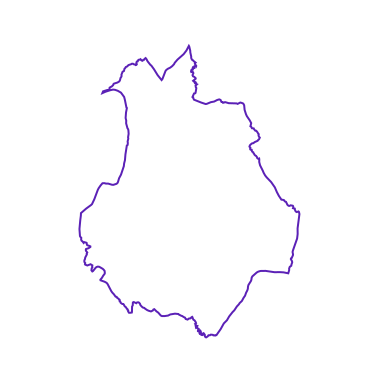 Ou Chum, Rôtânôkiri, Cambodia (Albers equal-area conic projection), rotated 111°
{"feature_id": "14789045B56033797709996", "entity_name": "Ou Chum", "entity_type": "district", "adm_level": 2, "iso_a3": "KHM", "parent_name": "Cambodia", "parent_adm1": "Rôtânôkiri", "projection": "albers", "projection_center": [107.039, 13.843], "detail": "fine", "context": "isolated", "style": "outline", "palette": "violet", "viewbox_px": 384, "rotation_deg": 111, "n_neighbors": 0, "source": "geoboundaries", "source_scale": "gbopen_adm2", "svg_char_len": 6009}
<svg xmlns="http://www.w3.org/2000/svg" viewBox="0 0 384 384"><g transform="rotate(111 192 192)"><path d="M316.9,117.9L309.7,116.1L303.3,115.2L299.2,113.4L294.8,112.7L289.6,111.1L287.3,110.1L282.8,109.1L280.1,108.0L278.6,107.7L275.9,106.4L272.2,105.9L269.8,105.3L266.7,105.4L264.0,105.1L262.3,105.2L260.3,105.8L258.6,106.0L254.1,105.1L252.8,105.1L250.5,105.6L249.1,105.4L243.9,102.7L242.6,101.6L241.2,99.8L239.3,95.1L237.3,86.2L235.4,81.5L234.2,77.7L233.4,73.0L230.0,73.3L228.6,73.9L227.9,73.9L226.8,73.9L225.3,72.9L223.7,73.2L222.2,73.2L221.6,73.3L220.7,73.9L219.2,75.7L218.5,75.8L218.0,75.3L215.0,75.1L214.1,75.3L212.0,76.6L210.6,76.8L197.8,77.2L193.4,78.3L188.1,80.4L174.1,83.8L172.3,85.0L172.0,85.6L173.2,87.0L173.2,87.5L172.7,88.6L171.3,89.9L170.7,90.1L170.9,91.9L170.0,91.9L168.9,92.6L168.7,93.1L169.1,95.2L169.9,95.8L170.2,96.4L170.2,97.2L169.7,98.4L167.5,100.7L167.6,101.2L167.4,102.2L166.7,103.0L166.7,104.2L167.1,105.8L164.5,109.5L161.6,112.8L158.0,116.3L154.4,121.6L151.6,127.5L150.3,129.7L148.3,132.1L146.9,133.4L142.7,138.0L139.9,140.0L137.4,140.9L136.7,141.3L137.3,141.9L137.0,143.2L136.2,143.8L135.3,145.2L135.3,145.8L134.8,147.0L134.1,147.7L133.9,148.3L133.0,149.0L132.8,150.2L132.1,150.9L131.2,151.4L131.5,152.5L131.0,153.2L129.8,153.3L129.1,154.6L127.7,154.7L126.3,154.1L125.0,153.3L124.4,152.2L123.0,151.4L120.7,149.1L119.5,148.8L118.8,148.3L116.9,148.2L116.3,149.4L115.1,150.3L114.1,150.4L113.8,151.1L113.0,152.0L112.2,153.2L111.8,154.1L112.1,154.8L111.2,156.5L110.5,157.2L111.0,158.9L109.8,160.2L109.7,161.0L106.5,161.4L104.4,163.8L101.5,168.0L100.0,169.5L96.5,172.3L92.3,174.4L91.1,175.8L91.0,177.4L91.2,179.0L93.4,181.0L93.3,182.1L95.9,189.5L96.2,193.1L96.4,193.6L97.1,194.2L97.6,195.0L97.0,195.7L97.4,196.7L95.8,198.4L95.8,199.8L97.1,201.5L99.6,203.7L101.4,206.6L104.5,209.9L105.0,210.9L105.2,215.6L105.1,223.2L103.9,224.5L103.2,224.8L103.1,225.6L99.3,225.4L98.6,224.3L97.8,224.3L93.4,225.2L92.8,226.0L91.4,226.8L90.0,226.1L90.1,226.7L89.5,226.9L89.0,226.9L88.7,227.5L89.3,228.3L88.9,228.7L88.2,228.4L88.0,229.4L88.1,230.2L87.8,230.8L85.0,229.2L84.5,229.3L83.7,231.1L83.6,232.5L82.7,233.4L80.6,233.3L79.8,233.9L79.8,234.9L80.3,235.6L80.0,236.0L78.7,236.3L78.0,236.2L77.7,235.2L76.7,235.1L76.1,235.8L75.6,235.8L75.9,235.0L75.4,234.2L74.0,235.0L72.9,234.1L73.4,233.2L72.8,233.2L71.4,235.1L70.8,235.5L69.9,235.0L69.1,237.6L68.6,238.5L68.6,239.2L67.8,240.2L67.1,240.8L65.8,241.3L62.3,243.6L60.7,244.3L57.2,246.7L56.7,247.3L61.9,247.9L66.3,249.2L73.6,253.0L77.5,254.4L79.2,254.6L81.6,255.6L83.7,256.9L85.5,258.6L87.2,259.7L88.5,260.1L97.2,260.1L98.4,260.5L95.2,266.0L91.0,271.5L88.6,275.2L88.1,276.6L85.9,280.3L84.3,282.1L83.6,283.3L84.7,284.0L85.7,284.1L86.2,284.9L87.2,285.2L87.3,286.1L86.5,287.6L87.1,287.9L87.2,288.5L87.8,289.3L88.4,289.5L89.5,289.5L89.9,290.2L90.6,290.3L91.4,290.2L92.5,289.3L93.3,289.5L93.7,290.1L93.3,290.7L93.6,291.5L93.6,292.4L93.4,293.1L93.8,294.1L94.4,294.5L96.3,296.8L98.0,297.5L99.1,298.6L100.1,298.7L101.0,299.2L103.4,298.9L104.6,299.9L107.8,299.9L109.0,299.3L110.0,299.3L111.1,299.6L113.5,299.3L114.8,299.5L116.5,300.8L118.8,303.7L119.5,304.0L120.4,303.9L122.0,304.6L124.1,306.3L125.7,305.9L126.4,306.2L127.1,307.6L129.9,311.1L131.8,311.1L129.4,308.7L126.2,304.7L124.7,302.4L124.2,300.5L124.1,297.6L124.7,293.9L127.6,289.4L130.0,287.7L136.6,283.5L136.9,282.9L141.4,282.1L146.7,280.5L148.9,279.0L151.5,278.1L155.6,275.1L156.3,274.1L157.4,273.4L160.4,272.0L163.8,271.3L165.0,270.6L167.9,270.2L169.2,269.5L170.5,269.1L171.3,269.0L172.0,269.5L180.8,267.6L186.3,266.0L189.7,265.6L192.3,264.9L201.2,264.5L205.3,265.0L209.1,264.7L210.3,264.8L211.4,265.4L213.5,268.0L213.9,269.3L214.2,273.2L215.0,275.3L215.1,276.8L215.9,278.7L218.7,279.7L221.9,280.5L223.8,280.7L233.7,280.6L239.1,281.0L240.2,281.5L245.5,284.9L251.5,288.1L253.9,287.3L258.4,286.2L266.9,283.8L273.3,280.8L274.1,279.8L274.4,279.0L276.2,278.4L277.0,277.7L277.4,276.5L278.4,274.9L277.4,274.6L277.2,272.7L277.3,272.1L278.9,271.2L279.2,270.7L279.1,268.3L279.2,267.4L279.8,267.2L281.6,268.5L283.2,270.5L284.1,270.4L284.9,269.9L286.0,268.1L287.5,268.2L288.0,267.8L291.4,268.2L293.0,267.9L294.3,268.0L295.7,267.5L296.1,267.1L296.6,266.2L297.7,266.1L298.1,265.6L298.1,263.4L295.8,260.8L296.2,258.7L297.4,258.5L298.1,258.0L299.2,258.3L301.2,257.8L301.9,256.6L301.3,256.1L297.5,254.9L296.3,254.3L295.4,253.2L295.1,252.0L295.2,250.9L295.7,247.9L296.2,246.6L297.0,245.3L299.0,244.3L300.0,244.3L301.8,244.9L304.3,245.3L306.7,246.1L307.2,245.8L307.1,241.4L307.4,239.2L308.2,237.8L313.5,231.8L314.5,230.3L315.4,228.4L317.1,225.8L316.9,224.9L317.2,224.3L317.6,224.0L318.0,222.2L318.6,221.6L318.5,221.1L318.8,220.7L320.0,220.3L320.0,219.8L320.5,219.2L320.9,219.0L321.2,218.3L321.5,216.9L321.2,216.0L321.4,215.5L322.8,213.9L323.4,212.1L324.2,211.3L324.5,210.3L325.0,210.1L325.1,209.6L325.6,209.0L326.3,208.9L327.3,207.6L327.0,206.6L326.1,205.0L325.4,205.1L320.4,206.9L319.1,206.7L316.3,207.6L315.6,206.9L315.8,204.2L315.1,204.0L314.5,203.2L314.2,202.5L314.3,201.8L314.9,200.6L316.1,199.6L317.1,197.6L317.5,196.2L317.3,195.0L317.7,194.1L318.3,191.6L318.4,189.9L318.2,187.5L316.7,186.1L315.5,185.9L314.9,185.2L316.2,182.3L316.7,180.3L318.5,176.9L318.6,175.6L317.7,173.2L315.9,170.0L314.1,168.4L311.7,164.3L310.8,161.0L311.2,160.0L311.2,159.5L311.4,157.5L311.3,156.6L311.7,155.1L311.8,153.5L312.8,152.4L312.7,150.4L311.2,149.5L310.5,148.1L309.3,147.7L308.5,147.1L308.8,146.6L309.7,146.0L310.7,144.9L310.9,143.7L312.0,142.1L313.0,141.2L314.0,141.8L314.5,140.9L315.2,140.9L316.3,140.2L315.5,140.1L315.1,139.0L316.1,138.9L316.5,139.2L317.2,139.3L317.3,136.9L319.3,136.8L319.8,136.6L319.9,135.9L319.6,135.2L318.3,135.2L318.3,134.7L319.1,133.8L319.8,133.4L321.2,134.3L321.7,133.8L320.9,131.8L322.0,131.8L321.9,131.1L321.4,130.6L320.8,130.5L320.1,130.9L319.7,130.8L319.7,130.4L320.8,128.8L321.9,128.4L322.3,128.0L322.7,127.3L322.6,126.6L321.0,125.5L320.1,125.4L319.6,124.9L319.4,124.0L318.4,123.3L317.9,121.4L318.2,120.7L317.8,120.2L317.8,119.0L317.1,118.6L316.9,117.9Z" fill="none" stroke="#5b21b6" stroke-width="2"/></g></svg>